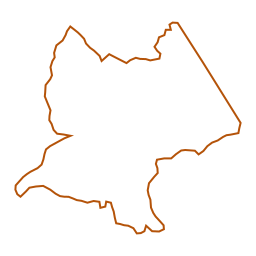 outline of Corumbataí do Sul, Paraná, Brazil
{"feature_id": "56859067B3093140502947", "entity_name": "Corumbataí do Sul", "entity_type": "district", "adm_level": 2, "iso_a3": "BRA", "parent_name": "Brazil", "parent_adm1": "Paraná", "projection": "albers", "projection_center": [-52.152, -24.127], "detail": "fine", "context": "isolated", "style": "outline", "palette": "amber", "viewbox_px": 256, "rotation_deg": 0, "n_neighbors": 0, "source": "geoboundaries", "source_scale": "gbopen_adm2", "svg_char_len": 1650}
<svg xmlns="http://www.w3.org/2000/svg" viewBox="0 0 256 256"><path d="M70.3,26.5L67.0,31.2L65.6,35.1L62.6,40.5L56.4,45.4L54.1,52.9L54.7,57.4L52.4,61.1L50.5,67.2L52.0,75.3L50.2,79.2L45.6,85.1L45.2,92.4L44.8,96.4L47.4,102.8L50.5,110.3L49.5,116.0L49.3,120.2L51.6,123.9L53.6,129.9L57.1,133.7L63.5,134.5L70.5,135.8L64.4,138.3L50.1,146.1L46.0,149.4L44.5,154.1L43.4,159.4L41.6,164.6L37.6,168.1L30.4,171.8L26.9,174.1L23.2,177.0L15.7,185.4L15.4,189.7L17.3,194.2L20.5,196.7L26.0,191.4L29.4,187.7L35.9,186.5L43.2,185.9L50.3,189.7L55.6,193.7L60.0,196.1L64.1,196.7L68.6,196.8L72.8,198.4L76.8,200.1L81.4,200.8L87.4,202.7L93.6,201.0L99.4,201.8L100.4,207.8L105.3,206.6L106.2,201.6L110.9,202.7L112.1,207.1L113.7,211.5L114.8,217.6L116.2,223.3L120.1,224.0L124.0,225.2L128.2,225.7L133.4,228.2L136.8,233.4L140.8,233.1L144.4,231.2L146.1,225.7L152.1,231.2L159.1,231.5L163.9,229.2L163.6,225.3L160.1,221.4L155.6,216.5L153.3,213.0L151.0,207.6L150.4,199.7L148.6,194.9L147.7,190.3L149.0,183.2L154.3,176.7L157.7,173.0L157.4,168.1L155.9,163.9L157.0,159.7L164.2,158.4L171.2,158.4L176.1,154.1L181.2,150.5L185.2,150.0L194.9,150.7L198.6,154.4L203.4,151.0L207.4,146.1L212.1,142.6L217.7,140.5L223.1,136.9L226.5,135.2L230.3,134.7L238.4,133.1L239.3,128.2L240.6,122.9L220.4,90.5L217.5,85.8L202.7,62.1L177.6,22.9L172.6,22.6L169.5,24.6L170.8,29.8L165.8,29.8L164.4,35.1L159.0,37.3L157.6,42.3L154.5,46.8L157.2,50.8L160.4,53.7L159.4,58.6L153.8,59.7L150.2,60.4L145.8,59.1L140.1,58.9L135.8,57.8L130.2,60.2L126.5,63.1L114.0,56.7L109.2,54.2L101.6,61.0L99.6,55.9L94.0,50.6L90.1,47.8L86.0,43.5L84.1,38.8L80.6,35.1L77.9,32.5L74.4,29.7L70.3,26.5Z" fill="none" stroke="#b45309" stroke-width="2"/></svg>